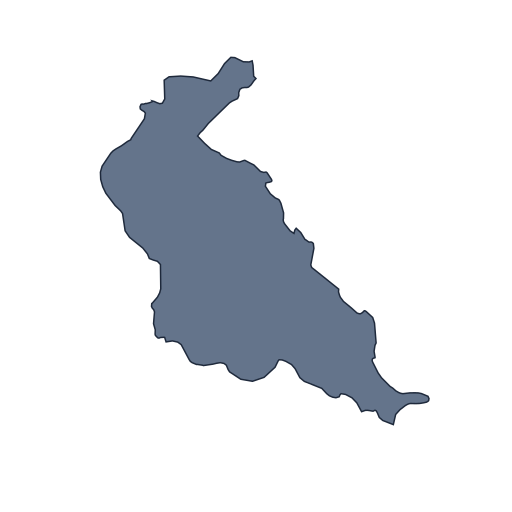 Valais, Albers equal-area conic projection, rotated 75°
{"feature_id": "CHE-165", "entity_name": "Valais", "entity_type": "Canton", "adm_level": 1, "iso_a3": "CHE", "parent_name": "Switzerland", "parent_adm1": "", "projection": "albers", "projection_center": [7.65, 46.266], "detail": "fine", "context": "isolated", "style": "filled", "palette": "slate", "viewbox_px": 512, "rotation_deg": 75, "n_neighbors": 0, "source": "natural_earth", "source_scale": "10m", "svg_char_len": 3234}
<svg xmlns="http://www.w3.org/2000/svg" viewBox="0 0 512 512"><g transform="rotate(75 256 256)"><path d="M311.0,365.3L310.7,365.9L310.0,369.3L310.2,371.0L309.6,372.1L306.7,373.7L305.4,373.7L301.2,372.4L294.9,372.5L283.7,368.5L281.4,368.7L279.7,369.6L277.7,370.0L274.9,369.0L274.6,368.2L270.2,361.8L266.7,358.6L263.1,356.5L239.5,350.5L235.6,352.6L233.3,356.3L230.8,359.7L225.9,360.3L219.0,363.3L205.3,373.3L197.8,375.9L180.4,373.9L177.4,375.0L170.8,379.0L156.5,384.8L149.5,386.1L141.9,386.2L134.8,384.6L129.4,381.4L119.1,369.6L117.5,366.9L116.3,363.5L114.7,357.4L112.1,350.5L111.3,346.9L110.2,346.2L94.6,328.3L89.4,325.9L87.5,326.7L85.8,328.4L84.0,329.7L81.8,329.4L79.8,327.8L79.7,326.7L80.2,325.4L80.1,322.8L80.4,322.4L80.4,319.0L80.0,315.7L79.4,316.0L80.4,314.3L82.3,312.0L84.0,309.5L84.2,306.9L80.7,303.5L62.4,299.2L60.4,293.6L62.7,282.2L66.8,270.3L75.2,254.4L70.0,245.3L62.0,236.6L57.6,228.9L58.9,225.1L65.1,218.0L66.8,212.4L66.5,209.2L70.9,209.5L81.8,211.7L84.6,210.1L86.1,212.5L89.5,216.6L90.9,219.5L90.9,221.2L90.3,223.4L90.0,225.9L90.8,228.4L93.7,230.4L96.7,231.1L99.2,233.1L100.2,238.9L101.2,242.0L115.6,267.7L120.7,274.7L122.4,278.0L125.0,281.4L133.9,276.5L141.5,271.6L147.0,264.8L149.7,263.7L154.1,259.2L157.3,254.7L160.1,250.0L161.0,247.5L160.6,243.0L160.7,242.0L164.7,237.7L167.5,234.5L175.5,229.8L177.3,226.8L177.4,225.6L177.5,224.7L177.8,224.2L178.6,223.7L186.1,221.2L187.5,221.2L188.1,222.0L188.2,224.3L188.0,226.0L188.0,227.0L188.2,227.8L189.6,228.2L191.0,228.9L199.6,226.1L204.9,222.4L207.1,219.7L207.6,219.3L208.2,219.0L211.5,218.3L221.5,218.2L227.0,219.8L227.6,220.2L229.0,220.5L230.4,220.5L232.4,220.0L240.6,216.5L244.0,213.5L241.0,211.8L239.6,210.0L244.9,206.7L252.7,204.4L253.4,203.6L255.9,201.6L256.4,200.9L256.6,199.7L257.0,198.7L257.7,198.0L258.8,197.4L263.6,198.1L278.8,205.4L281.5,205.2L309.4,184.7L312.1,185.6L315.6,185.5L317.7,185.2L322.5,183.3L330.9,177.3L337.2,173.2L337.9,172.2L338.8,170.5L338.7,169.5L338.4,168.4L337.9,167.3L337.3,166.3L336.9,165.6L337.0,165.1L337.4,164.6L338.2,163.9L345.6,159.2L351.5,158.9L371.1,162.5L373.1,164.2L378.6,166.6L384.7,167.2L385.1,167.4L385.1,168.1L385.1,168.9L385.4,170.0L386.1,170.5L387.3,170.9L388.6,170.8L400.6,168.3L406.1,166.3L416.6,160.3L419.0,158.1L422.5,155.8L424.9,153.4L426.1,151.7L427.0,149.8L428.1,142.5L429.5,137.2L430.3,134.6L431.7,131.8L436.0,126.2L438.5,125.8L440.4,126.7L440.9,127.6L441.3,129.1L441.2,131.9L440.8,136.0L440.0,139.6L438.4,145.1L438.3,146.7L438.6,148.6L439.2,150.7L441.7,156.7L445.2,162.1L454.4,167.0L447.7,176.1L443.9,178.7L438.7,179.4L436.6,180.0L435.9,180.8L435.8,181.6L436.1,182.3L436.2,182.9L436.0,183.6L434.9,185.9L433.9,188.3L433.4,190.4L433.6,192.9L433.7,194.3L424.0,196.6L417.8,200.0L412.9,205.3L411.0,209.5L411.9,210.9L413.5,212.1L413.6,215.5L412.2,218.5L410.0,221.3L407.3,223.3L400.9,226.7L389.6,241.8L384.9,245.1L374.9,247.4L370.0,249.8L365.5,254.4L363.2,257.6L362.2,260.5L363.0,261.7L368.4,266.4L375.3,279.6L376.1,291.8L371.1,302.6L361.1,311.5L358.6,312.3L353.8,312.9L351.5,314.7L349.8,318.1L349.4,321.9L349.3,325.7L348.2,335.2L347.7,335.8L345.5,340.8L345.4,341.5L342.5,345.3L340.8,346.7L338.6,347.4L322.2,351.2L318.9,353.9L316.4,358.7L315.7,365.1L311.0,365.3Z" fill="#64748b" stroke="#1e293b" stroke-width="1.5"/></g></svg>